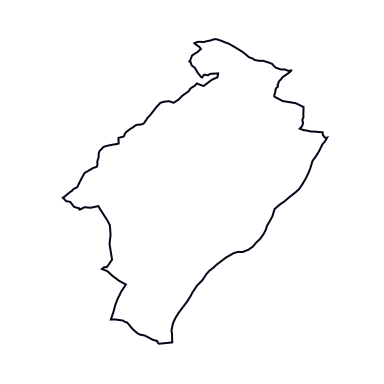 outline of Ezinihitte, Imo, Nigeria, rotated 7°
{"feature_id": "59680162B50771081897552", "entity_name": "Ezinihitte", "entity_type": "district", "adm_level": 2, "iso_a3": "NGA", "parent_name": "Nigeria", "parent_adm1": "Imo", "projection": "orthographic", "projection_center": [7.323, 5.469], "detail": "fine", "context": "isolated", "style": "outline", "palette": "ink", "viewbox_px": 384, "rotation_deg": 7, "n_neighbors": 0, "source": "geoboundaries", "source_scale": "gbopen_adm2", "svg_char_len": 3713}
<svg xmlns="http://www.w3.org/2000/svg" viewBox="0 0 384 384"><g transform="rotate(7 192 192)"><path d="M319.5,121.5L318.0,122.1L316.7,121.3L315.6,120.1L314.9,119.4L314.4,116.8L309.6,117.1L306.9,117.0L303.5,117.5L298.0,117.0L295.4,117.0L291.2,116.0L293.3,113.2L293.6,111.7L293.8,109.5L293.0,108.0L292.7,107.1L293.5,103.9L293.2,102.4L293.0,101.0L292.8,98.9L292.4,94.1L284.1,91.2L271.0,90.7L262.1,87.3L261.9,86.7L262.0,84.7L262.3,83.8L262.5,82.2L262.5,81.3L262.4,80.2L263.1,78.4L264.1,77.3L264.4,76.8L264.3,76.0L264.0,75.4L263.9,75.2L264.2,74.7L264.4,74.2L264.5,73.8L264.4,73.3L264.7,72.0L265.0,71.4L265.9,70.2L266.9,68.8L267.8,67.1L268.1,66.8L270.5,64.7L272.3,63.0L273.2,62.3L274.0,61.7L274.6,60.8L275.4,59.8L275.5,59.6L276.3,58.7L273.7,60.1L270.6,59.5L270.0,59.2L269.1,59.1L268.0,59.2L265.8,59.5L265.1,59.5L260.0,58.4L258.0,57.0L255.8,55.0L251.6,54.0L246.3,53.1L243.3,53.6L238.5,53.4L236.0,52.2L232.0,51.2L228.3,48.7L225.0,46.7L216.6,42.9L210.4,40.3L206.5,39.4L202.0,38.2L197.8,37.4L195.5,37.6L192.3,39.2L187.3,40.9L185.7,41.7L182.5,41.9L180.4,42.1L178.4,42.7L176.3,44.0L177.8,45.0L179.6,46.1L181.5,47.0L183.4,48.9L181.9,50.7L180.4,52.5L179.1,53.4L177.3,54.9L175.3,56.7L174.8,59.3L174.2,61.3L173.5,62.8L174.6,63.0L175.7,65.3L176.2,66.4L176.8,66.7L177.7,67.2L179.7,68.4L181.9,71.2L182.8,72.6L185.0,74.7L187.0,76.8L188.1,77.1L188.7,75.8L189.8,74.1L191.9,74.1L193.6,74.3L194.7,73.2L196.2,72.4L197.9,72.1L199.5,71.8L201.4,71.5L201.7,71.5L203.5,71.1L203.5,72.3L203.2,75.1L198.0,78.2L190.6,85.4L185.3,84.2L183.5,83.6L182.0,86.0L179.8,87.8L178.6,88.7L177.3,90.3L176.7,92.1L170.7,97.6L167.5,101.8L162.9,105.7L158.3,104.7L157.3,104.8L152.9,105.9L149.7,107.4L146.2,112.2L144.1,115.8L142.5,118.5L141.5,120.2L139.6,122.8L138.7,124.1L137.8,126.1L137.1,127.2L136.2,129.2L135.0,130.4L132.7,131.4L131.0,131.6L129.1,132.1L128.3,132.4L125.3,135.2L122.9,137.0L120.9,139.1L119.3,140.5L118.2,142.8L117.8,144.3L117.5,145.2L112.4,147.3L113.3,152.8L111.6,153.5L109.7,154.1L108.0,154.5L105.1,155.5L101.8,156.6L99.2,157.8L98.2,158.6L97.4,160.0L96.0,161.5L95.2,162.9L94.8,164.7L94.7,165.6L95.0,167.4L95.0,169.6L94.6,171.3L94.4,172.8L94.3,174.0L94.8,175.5L94.6,178.3L93.9,178.8L91.9,179.8L90.4,180.5L89.3,181.6L87.9,182.5L85.7,184.3L83.2,186.0L81.3,190.5L79.7,194.7L78.5,198.3L77.6,200.9L76.9,201.8L75.4,202.5L73.5,204.2L72.9,205.2L70.9,207.0L68.6,209.4L66.9,211.2L66.3,212.0L64.5,213.3L68.1,216.4L70.1,216.5L72.4,216.7L73.8,218.1L76.7,221.1L79.6,221.6L82.2,222.0L82.4,223.1L83.7,222.7L85.7,221.1L87.3,220.2L93.3,220.0L97.1,218.7L100.8,217.4L102.9,220.3L111.2,230.2L114.5,234.9L115.6,240.3L116.4,244.7L116.5,253.7L120.9,268.9L116.6,277.0L113.9,277.4L112.0,279.4L117.7,280.9L123.4,285.0L130.4,289.0L137.6,291.9L134.8,297.8L133.9,299.3L132.6,303.3L131.2,307.2L129.6,313.7L128.7,320.4L127.0,328.5L128.7,328.3L130.1,327.9L133.9,327.9L138.8,328.0L141.8,329.2L143.5,329.4L148.4,334.0L150.7,336.0L155.0,338.8L157.3,339.8L162.4,340.2L165.2,341.2L170.9,343.4L174.4,344.1L174.7,343.9L176.0,344.5L176.5,345.9L177.9,346.6L190.7,343.7L190.2,340.4L189.6,336.0L188.5,331.9L188.7,329.3L189.2,324.2L191.0,318.9L193.4,313.6L198.2,305.3L200.6,301.2L203.1,295.9L204.9,291.2L206.6,287.9L208.5,284.1L212.7,278.8L216.3,271.8L218.7,268.2L222.3,264.7L225.2,261.2L228.8,257.7L233.6,253.0L238.7,249.2L240.7,247.7L244.8,245.9L249.5,245.4L254.9,242.5L259.0,238.9L262.0,234.2L265.0,230.7L268.0,225.4L269.8,220.7L270.5,216.6L272.3,212.4L273.2,210.3L274.7,206.5L276.0,199.1L276.0,198.9L280.8,193.6L284.9,190.1L289.1,185.4L295.0,179.5L298.0,176.0L300.2,171.6L300.4,171.3L303.5,164.2L303.9,162.8L305.3,158.9L306.5,154.2L307.1,150.9L307.8,146.5L310.8,141.2L310.9,140.9L313.2,135.9L315.6,128.8L318.0,125.3L319.5,121.5Z" fill="none" stroke="#020617" stroke-width="2"/></g></svg>